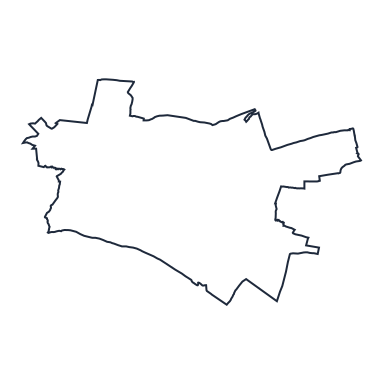 Bacles, Mehedinti, Romania (Equal Earth projection)
{"feature_id": "2599482B78289781557705", "entity_name": "Bacles", "entity_type": "district", "adm_level": 2, "iso_a3": "ROU", "parent_name": "Romania", "parent_adm1": "Mehedinti", "projection": "equal_earth", "projection_center": [23.15, 44.465], "detail": "fine", "context": "isolated", "style": "outline", "palette": "slate", "viewbox_px": 384, "rotation_deg": 0, "n_neighbors": 0, "source": "geoboundaries", "source_scale": "gbopen_adm2", "svg_char_len": 5911}
<svg xmlns="http://www.w3.org/2000/svg" viewBox="0 0 384 384"><path d="M298.0,253.6L304.0,252.4L307.2,252.3L309.7,252.9L312.4,253.2L313.9,253.2L317.7,254.0L319.0,247.6L306.1,245.4L307.8,239.0L308.4,237.7L306.1,237.2L301.6,235.6L295.4,234.3L293.1,233.3L292.8,232.8L294.1,230.5L294.7,229.8L291.5,228.1L290.8,227.9L290.3,227.9L285.9,226.5L284.8,225.9L284.2,225.7L283.5,225.8L283.6,224.4L283.4,224.3L283.7,223.0L283.1,223.1L282.8,221.9L282.2,221.9L281.6,222.2L280.5,221.6L279.8,221.3L279.7,221.2L279.7,220.9L279.2,220.8L279.1,220.6L278.7,219.9L278.0,220.0L277.9,220.1L277.9,220.5L277.6,220.7L277.3,220.5L277.2,220.0L275.9,220.6L275.5,220.3L275.3,219.9L275.3,219.3L275.6,219.2L275.6,218.5L275.8,213.5L275.7,211.8L275.8,210.9L276.6,209.0L275.7,205.4L275.8,204.1L275.9,203.6L275.1,203.5L277.1,197.7L279.5,191.3L281.1,186.4L282.3,186.6L283.5,186.5L287.0,187.1L287.9,187.0L288.8,187.6L290.0,187.4L291.9,187.7L292.4,187.6L294.7,188.1L295.3,187.9L295.7,188.1L297.2,188.4L297.9,188.3L299.4,188.4L300.5,188.3L303.3,188.4L304.4,188.6L304.4,181.4L316.9,181.5L318.9,181.1L319.0,180.8L319.8,180.7L319.2,176.2L328.0,174.7L338.0,173.2L338.3,173.4L340.0,172.9L340.3,172.5L340.6,170.2L341.3,168.5L342.4,167.2L344.5,165.7L345.3,164.8L346.4,164.4L349.6,163.8L353.5,162.3L356.0,161.5L359.4,161.0L360.6,160.7L361.0,160.4L357.9,156.3L358.0,155.7L358.6,154.5L358.6,154.0L358.3,153.7L357.4,153.5L357.1,153.3L357.6,152.9L357.4,152.6L356.1,147.8L357.4,147.3L357.5,147.0L356.4,143.1L355.3,140.2L354.8,135.6L354.6,135.6L353.8,130.8L353.4,129.1L353.2,128.6L352.8,128.4L351.0,128.9L349.7,129.0L349.7,130.2L348.1,130.0L347.8,130.3L344.5,130.3L340.3,130.8L336.0,132.1L334.1,132.1L333.5,132.4L331.4,132.5L328.0,133.6L321.9,134.9L319.3,135.3L313.2,137.0L310.7,138.0L307.8,138.9L304.7,140.2L303.1,140.6L300.1,141.1L296.3,142.4L293.6,143.0L291.7,143.7L287.4,144.9L280.9,147.3L275.6,148.8L272.1,150.0L271.5,150.0L271.0,149.6L270.6,148.8L266.9,138.5L265.3,135.6L264.7,133.0L264.6,132.8L264.5,132.1L262.6,126.7L262.1,124.5L260.7,120.3L260.5,119.5L260.0,118.4L258.6,113.4L258.5,112.7L257.0,113.6L255.6,114.1L254.9,114.2L253.2,114.2L252.4,114.5L251.2,115.8L250.8,116.4L249.4,117.4L248.9,119.0L248.2,119.5L247.3,120.7L246.2,121.8L245.5,120.6L244.5,119.7L245.6,117.6L246.7,116.6L247.7,115.3L248.8,114.3L249.5,113.8L254.3,111.6L254.3,111.4L255.3,110.9L255.5,110.7L255.5,110.4L254.7,109.2L241.3,114.1L236.0,116.3L233.2,117.6L230.0,118.8L227.7,120.3L223.6,121.0L222.4,121.0L220.4,121.3L218.9,122.0L215.8,124.1L215.0,124.4L212.5,125.1L211.1,124.0L209.5,123.5L204.4,122.5L200.1,122.2L197.9,121.7L195.3,120.9L193.8,120.9L185.8,117.9L167.5,115.2L162.8,115.6L159.6,115.7L158.7,115.9L157.0,116.3L155.1,117.0L154.5,117.3L154.3,117.6L152.0,119.0L151.2,119.2L148.9,120.2L146.8,120.4L143.6,120.4L143.8,118.6L142.6,118.2L137.6,116.8L136.1,116.6L135.4,116.2L134.5,116.0L133.4,116.0L132.6,116.3L129.9,115.7L130.4,113.4L130.4,110.2L130.6,109.3L130.4,108.9L130.4,107.8L130.9,105.5L131.5,104.5L132.2,101.7L132.6,99.3L132.6,97.9L130.9,95.3L128.3,93.2L128.1,92.9L127.8,92.1L130.5,87.7L131.7,86.0L133.9,82.2L133.9,81.9L133.1,82.0L132.2,81.5L119.9,80.8L116.8,80.2L113.0,79.8L105.7,79.3L102.2,79.4L101.5,79.5L100.2,80.1L99.1,79.9L97.8,80.0L92.6,104.6L92.2,104.2L92.0,104.5L91.8,105.4L91.9,105.5L87.7,119.5L86.9,123.0L59.8,120.1L55.8,123.1L57.3,124.0L55.0,126.5L53.9,127.5L51.9,128.7L51.5,128.7L47.4,126.2L46.8,125.7L46.4,125.0L46.0,123.1L45.0,121.9L41.2,117.9L38.7,120.0L37.8,121.1L35.0,123.6L33.0,123.3L30.4,123.6L29.1,124.2L30.2,125.4L33.9,129.2L38.3,133.8L36.9,135.9L35.1,136.5L32.8,136.5L30.6,137.0L28.9,137.7L26.9,138.1L25.8,139.1L24.3,141.0L23.0,143.0L25.5,142.5L27.3,142.4L28.3,143.0L30.3,143.6L32.2,144.9L35.0,145.7L32.6,148.7L35.1,148.6L36.1,148.7L37.0,158.0L37.1,159.0L36.9,159.1L36.9,159.3L37.3,160.5L37.9,161.2L38.5,163.1L38.4,165.8L43.7,167.1L43.9,166.8L44.8,166.5L44.9,166.0L45.4,165.8L46.7,167.2L47.2,167.2L47.3,167.4L49.5,167.3L50.1,167.1L51.0,166.6L52.0,166.6L52.0,166.9L52.3,167.1L52.2,167.4L53.2,167.3L53.8,167.6L54.0,167.9L54.4,167.7L55.5,167.9L56.0,168.4L55.9,168.5L56.0,168.8L55.8,169.2L56.1,169.4L56.5,169.1L56.9,168.7L57.1,168.6L57.8,168.8L57.8,169.2L58.0,169.3L58.7,168.7L59.9,168.8L60.4,169.3L61.5,168.7L62.1,169.0L62.9,169.0L63.1,169.2L63.8,169.2L64.3,169.6L63.3,170.5L63.2,171.3L62.8,171.8L61.8,172.6L61.1,173.6L60.4,174.1L56.8,176.2L56.7,176.4L58.6,180.0L59.0,181.2L58.9,181.5L60.1,181.6L59.7,184.7L59.3,185.3L59.0,187.9L58.2,190.4L58.4,192.0L58.0,192.8L57.7,194.1L57.9,196.9L57.2,198.2L55.6,200.2L52.4,204.7L51.7,204.9L51.1,205.3L50.7,206.0L51.0,207.5L51.0,208.0L50.6,208.6L50.2,209.9L49.0,211.6L47.0,212.9L44.9,216.9L44.9,217.2L45.3,217.6L45.8,217.7L47.0,218.3L47.0,219.1L47.7,220.2L47.8,220.9L47.7,221.1L47.7,221.6L47.5,221.9L47.9,223.3L48.7,224.3L49.0,225.6L49.6,226.8L49.1,228.4L49.0,229.7L48.8,229.9L48.7,230.6L48.7,231.7L47.9,232.3L47.8,232.5L48.5,232.9L51.0,232.1L52.2,232.0L53.3,232.1L54.9,231.9L56.4,231.4L58.5,230.9L59.3,230.8L61.2,231.2L62.0,230.5L64.5,230.0L68.4,230.1L70.5,230.3L76.2,231.8L80.3,234.1L84.1,235.8L91.4,237.6L92.5,237.8L95.4,237.8L99.4,238.6L103.1,240.0L107.1,241.8L110.4,242.3L112.1,243.1L114.0,243.6L118.2,245.2L120.8,246.0L121.9,246.4L126.2,246.4L129.3,247.1L133.1,247.6L136.8,248.6L140.6,250.3L142.1,251.2L144.9,252.5L153.6,256.3L157.4,258.5L160.1,259.7L175.3,269.7L181.9,273.6L185.4,276.2L191.1,279.8L191.5,280.3L191.8,281.3L192.6,282.3L194.1,283.2L194.4,283.5L196.5,284.9L197.3,285.3L197.8,285.2L198.3,283.3L198.2,282.7L198.6,282.6L199.3,282.9L200.5,283.7L202.2,285.3L202.9,285.6L203.9,285.5L205.0,285.2L206.1,285.2L206.5,290.2L206.9,291.0L211.2,294.0L211.7,294.5L226.7,304.7L228.1,303.0L229.9,301.2L230.4,300.4L230.8,299.8L231.2,298.7L232.5,296.7L233.3,294.8L233.9,294.1L234.0,293.8L234.1,293.1L235.4,290.4L236.3,289.5L239.1,285.7L242.4,281.6L246.1,279.1L276.9,301.2L280.0,291.7L282.3,286.0L286.0,271.6L287.9,262.0L289.9,254.1L290.5,253.7L293.0,253.3L298.0,253.6Z" fill="none" stroke="#1e293b" stroke-width="2"/></svg>